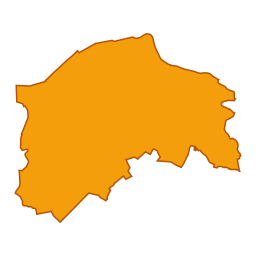 outline of Ziru pag., Ventspils, Latvia
{"feature_id": "27541924B88472203341854", "entity_name": "Ziru pag.", "entity_type": "district", "adm_level": 2, "iso_a3": "LVA", "parent_name": "Latvia", "parent_adm1": "Ventspils", "projection": "mercator", "projection_center": [21.635, 57.135], "detail": "fine", "context": "isolated", "style": "filled", "palette": "amber", "viewbox_px": 256, "rotation_deg": 0, "n_neighbors": 0, "source": "geoboundaries", "source_scale": "gbopen_adm2", "svg_char_len": 5537}
<svg xmlns="http://www.w3.org/2000/svg" viewBox="0 0 256 256"><path d="M239.7,171.3L239.4,170.7L238.8,167.6L238.5,166.2L237.3,159.2L239.0,158.9L239.5,158.7L239.6,156.4L240.4,156.2L240.6,155.5L240.1,153.8L238.3,151.7L237.2,148.9L237.9,147.1L237.9,143.9L236.8,141.5L235.3,139.9L233.9,139.2L232.6,138.3L230.3,138.9L229.9,138.1L229.4,136.9L228.0,134.3L225.6,132.0L224.3,129.5L225.0,125.4L225.2,124.8L225.3,124.0L225.7,121.8L226.0,120.3L230.3,118.2L231.0,117.7L232.2,116.9L233.0,116.7L233.5,116.0L234.5,112.9L233.5,112.9L232.4,111.5L232.1,111.2L230.4,109.8L229.8,109.1L229.6,109.2L229.1,109.0L229.0,109.3L228.4,109.0L226.8,108.0L225.7,107.4L224.7,107.1L224.4,107.0L223.4,106.6L222.9,106.3L222.0,105.7L221.6,105.3L221.4,104.6L221.4,103.7L221.7,102.8L222.7,102.0L223.4,101.6L225.1,101.0L226.1,101.2L227.9,100.4L228.6,100.2L229.0,100.4L230.5,100.5L234.5,100.6L234.7,100.2L234.8,100.0L235.0,99.7L235.1,99.1L235.3,98.8L234.4,98.8L234.3,96.6L234.3,93.0L234.1,92.0L227.3,89.2L224.7,86.4L219.3,83.7L217.7,81.9L218.0,81.2L218.2,80.4L218.7,79.6L217.6,79.2L216.7,78.7L216.4,78.4L215.2,77.7L213.2,76.5L212.5,76.0L211.0,74.6L210.1,73.9L209.4,73.6L208.5,73.2L208.0,73.1L206.9,73.0L206.3,72.9L205.0,72.9L203.0,73.0L200.7,73.3L200.1,73.2L198.3,72.9L197.5,72.6L196.0,72.1L194.5,71.6L192.5,71.0L190.2,70.5L188.0,70.0L185.8,69.5L185.4,69.4L183.8,68.8L180.7,67.8L179.6,67.5L178.9,67.1L177.4,66.4L176.6,66.1L173.9,65.8L173.0,65.6L171.9,65.4L170.2,65.0L169.4,64.7L167.8,63.9L167.0,63.4L165.1,62.1L162.6,60.6L161.8,59.9L161.2,59.2L160.7,58.7L160.1,57.7L159.4,56.4L159.1,55.6L158.8,54.9L157.8,52.7L156.6,50.4L155.7,48.4L155.3,47.4L155.1,47.0L154.5,45.0L154.2,44.3L154.1,43.5L153.6,41.3L153.3,40.0L152.9,38.5L152.8,37.9L152.6,37.3L152.3,36.8L151.7,35.9L151.1,35.2L150.4,34.6L149.6,34.3L148.3,34.0L147.1,33.9L146.6,33.9L146.1,34.0L145.6,34.1L144.5,34.7L140.8,37.1L139.8,37.6L139.2,37.8L138.0,38.1L137.5,38.2L136.5,38.3L135.9,38.2L135.0,38.1L134.5,37.9L134.1,37.8L133.6,37.5L132.7,37.0L129.8,37.7L125.6,38.7L124.6,39.0L124.4,39.0L124.1,39.1L120.2,40.0L114.1,41.4L112.2,40.4L107.7,41.2L100.8,42.5L99.2,42.9L95.8,43.3L79.2,52.7L77.5,50.7L72.6,55.5L69.7,58.0L66.8,60.5L62.7,64.2L61.4,65.5L59.0,67.8L54.2,72.1L54.0,72.3L51.8,74.4L48.6,77.6L45.4,80.6L45.5,80.8L45.5,81.4L33.8,84.8L29.8,86.0L27.1,86.2L26.9,85.9L26.5,85.9L24.9,85.7L16.2,85.5L16.3,87.7L16.8,101.9L22.5,103.6L23.9,106.6L25.0,106.0L27.8,110.7L28.1,117.4L22.9,130.8L21.3,134.3L22.0,134.8L20.9,137.5L20.5,147.7L22.3,150.3L23.3,150.1L27.2,149.3L27.5,149.4L27.9,150.9L27.9,151.0L25.2,153.6L25.1,155.2L25.9,156.8L28.6,161.2L28.1,163.3L27.3,164.8L26.2,167.0L23.0,169.7L22.3,170.6L19.1,170.4L19.8,178.0L19.7,178.7L19.8,180.8L19.8,181.9L20.0,182.8L20.0,183.0L19.9,183.5L19.8,184.0L19.7,184.9L19.6,185.6L19.5,186.2L19.2,186.8L18.0,188.7L17.6,189.0L16.6,190.5L16.2,190.8L16.0,191.3L15.7,192.2L15.4,192.9L15.4,193.2L15.4,193.5L16.0,193.5L20.4,196.8L20.6,197.4L22.0,200.0L22.7,201.8L22.3,203.3L22.9,204.9L23.0,205.1L23.3,205.4L23.8,205.7L24.2,205.9L24.3,205.9L24.8,205.7L25.5,205.7L25.8,205.8L26.3,205.7L28.9,207.0L30.0,206.6L31.8,206.9L32.1,207.8L33.0,208.2L35.0,208.3L35.9,209.5L36.0,209.6L36.8,214.2L37.0,214.2L45.4,212.5L45.7,212.5L51.4,211.3L51.4,211.7L51.6,212.2L52.3,213.3L52.5,213.5L52.8,213.8L52.9,214.0L53.0,214.6L53.0,215.0L54.2,216.4L60.2,222.1L62.8,219.4L63.3,219.0L63.4,218.8L65.5,216.6L65.8,216.4L69.2,213.0L72.0,210.1L77.5,204.6L80.6,201.3L88.5,193.4L88.7,193.1L94.5,194.4L94.7,194.5L98.4,195.3L100.6,197.8L103.3,199.1L105.8,200.7L106.2,200.2L107.2,199.3L107.3,199.1L107.4,198.9L107.4,198.5L107.4,198.4L107.1,197.9L107.0,197.5L107.0,197.3L108.0,195.2L108.6,194.1L108.6,193.9L108.7,193.5L109.2,192.7L109.9,191.7L109.9,191.4L110.4,190.7L110.4,190.2L110.1,189.9L109.7,189.5L109.0,188.8L109.3,188.5L109.5,188.5L109.7,188.1L109.9,188.0L109.9,187.9L110.1,187.7L110.1,187.4L110.4,187.2L112.8,185.8L114.8,183.1L115.1,182.9L118.5,180.1L123.5,176.1L125.7,179.3L131.7,176.3L130.9,175.4L130.5,174.7L129.6,173.5L129.3,173.0L129.1,172.9L128.9,172.6L129.0,172.5L128.2,171.1L128.1,170.9L129.0,169.3L129.9,167.7L129.5,167.0L128.2,164.3L127.7,163.7L126.8,161.2L125.9,159.6L126.5,159.6L130.4,158.4L130.6,158.2L130.8,158.2L131.3,158.2L132.6,157.5L133.1,157.3L134.2,157.3L135.3,157.5L137.6,159.1L145.5,151.9L148.0,153.2L150.3,154.4L151.4,152.2L152.8,149.7L153.5,148.8L157.0,150.7L157.4,151.1L158.0,153.1L159.2,155.3L160.3,157.0L157.2,160.9L160.4,161.1L170.8,161.9L171.3,162.1L175.9,165.0L181.2,167.4L182.7,165.2L184.1,162.9L184.5,161.8L185.7,159.5L186.3,158.0L186.9,156.9L187.9,155.0L188.3,153.3L188.8,151.9L189.2,150.0L189.5,148.2L190.9,145.6L191.1,145.7L193.8,146.2L194.2,146.8L194.4,147.8L194.4,148.9L194.1,149.8L195.7,150.5L196.9,149.7L195.8,148.7L194.9,146.8L195.3,146.7L196.6,148.3L197.1,148.8L198.6,150.7L200.1,150.3L202.3,153.0L204.3,154.7L205.7,155.5L205.8,155.8L206.2,156.2L208.0,159.0L207.9,159.3L209.6,162.3L211.3,163.3L213.3,164.1L214.3,164.7L213.7,167.1L217.0,167.9L217.5,166.9L218.5,166.6L221.3,166.4L222.9,167.1L223.2,167.1L223.4,167.2L223.8,167.1L224.1,167.4L224.2,167.5L224.9,167.5L225.0,167.3L225.7,167.3L225.8,167.4L226.9,167.6L227.3,167.8L228.0,168.0L228.4,168.0L228.5,168.3L228.5,168.6L228.7,168.8L228.8,168.8L229.1,168.8L229.3,169.0L229.6,169.1L229.9,169.0L230.1,168.9L230.4,169.5L230.7,169.6L230.9,169.3L231.5,169.5L231.9,169.5L232.1,169.5L232.6,169.5L233.3,169.6L233.5,169.6L234.0,169.2L234.2,169.3L234.1,169.5L234.6,169.5L235.0,169.6L235.2,169.4L235.7,169.2L236.1,169.3L236.5,169.6L236.5,169.8L237.6,169.7L238.6,170.7L239.6,171.3L239.7,171.3Z" fill="#f59e0b" stroke="#b45309" stroke-width="1.5"/></svg>